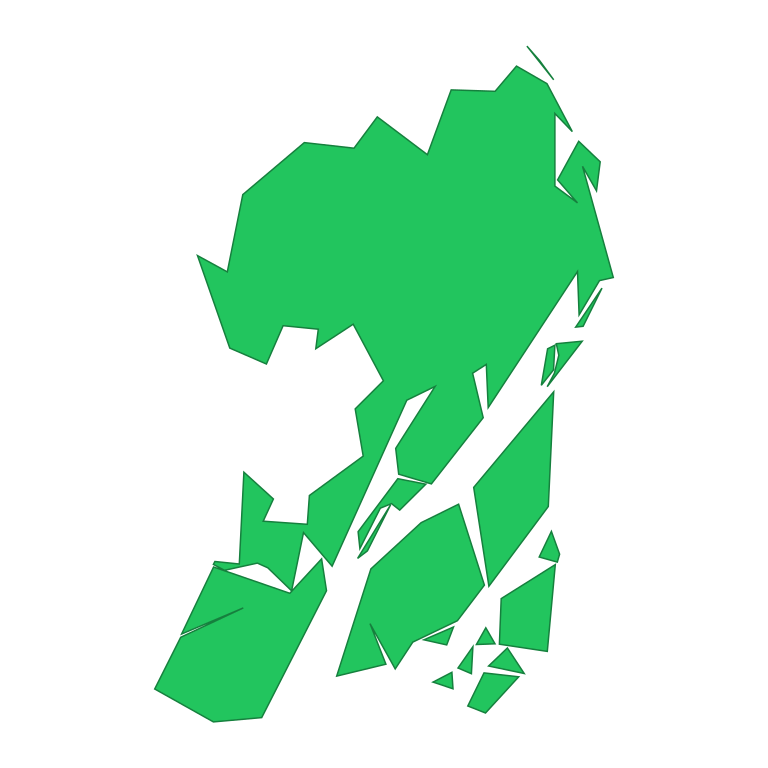 Patuakhali, Barisal, Bangladesh (orthographic projection)
{"feature_id": "16705992B49808088196813", "entity_name": "Patuakhali", "entity_type": "district", "adm_level": 2, "iso_a3": "BGD", "parent_name": "Bangladesh", "parent_adm1": "Barisal", "projection": "orthographic", "projection_center": [90.354, 22.181], "detail": "medium", "context": "isolated", "style": "filled", "palette": "green", "viewbox_px": 768, "rotation_deg": 0, "n_neighbors": 0, "source": "geoboundaries", "source_scale": "gbopen_adm2", "svg_char_len": 1941}
<svg xmlns="http://www.w3.org/2000/svg" viewBox="0 0 768 768"><path d="M214.9,561.5L213.4,564.4L224.5,570.3L257.4,563.1L267.8,567.8L291.6,590.8L303.5,532.6L332.1,566.2L406.8,400.2L435.1,386.4L395.7,448.4L398.7,474.2L431.4,483.9L483.2,417.7L472.6,373.2L486.3,364.4L488.2,407.6L577.5,271.5L579.1,314.9L599.5,280.6L613.3,277.5L582.5,166.3L596.5,190.8L600.2,161.8L578.7,141.3L557.6,179.9L577.5,202.9L554.9,186.1L554.9,113.5L572.3,131.6L547.0,83.7L516.5,66.1L495.1,91.3L451.2,89.9L427.4,154.7L377.3,116.9L354.0,148.2L304.3,142.6L242.8,194.6L227.3,271.9L197.5,255.6L229.8,348.1L266.4,364.0L283.1,325.7L318.3,329.2L315.8,348.7L353.2,324.2L383.4,380.8L355.2,408.9L363.2,456.1L309.4,495.5L307.3,524.3L263.2,521.2L273.4,499.0L243.9,472.2L239.3,564.0L214.9,561.5ZM326.5,590.7L321.6,558.9L289.8,593.3L213.6,567.0L181.6,634.0L243.3,607.9L180.7,637.3L154.7,689.0L213.4,721.9L261.7,717.6L326.5,590.7ZM484.4,585.1L458.6,504.2L421.1,522.7L370.9,568.9L336.7,676.1L385.9,664.2L370.0,623.6L395.2,668.9L412.8,642.1L457.4,620.7L484.4,585.1ZM553.7,391.8L473.7,487.4L488.9,586.2L548.3,506.5L553.7,391.8ZM555.3,564.6L501.2,598.6L499.4,644.2L547.3,651.4L555.3,564.6ZM518.7,676.8L484.0,672.9L467.8,706.0L485.5,713.0L518.7,676.8ZM399.7,510.1L425.8,484.2L397.8,478.7L358.1,531.7L359.9,548.5L380.3,508.2L391.5,503.6L399.7,510.1ZM582.2,341.2L556.3,343.7L558.8,355.3L554.4,373.2L547.2,386.7L582.2,341.2ZM524.2,673.5L507.4,648.0L488.6,666.0L524.2,673.5ZM367.4,550.9L390.6,504.8L357.6,558.4L367.4,550.9ZM423.9,639.8L446.7,644.9L453.5,627.0L423.9,639.8ZM551.4,531.4L539.2,557.0L557.3,562.1L559.6,554.2L551.4,531.4ZM553.7,79.8L539.6,60.6L526.9,46.1L553.7,79.8ZM433.0,682.1L453.0,688.8L451.9,672.3L433.0,682.1ZM476.4,644.5L495.0,643.8L485.8,627.8L476.4,644.5ZM458.0,668.0L471.4,673.7L472.9,646.7L458.0,668.0ZM583.1,326.3L602.0,288.1L575.7,327.1L583.1,326.3ZM541.3,385.3L553.5,369.9L554.9,345.2L547.6,348.8L541.3,385.3Z" fill="#22c55e" stroke="#15803d" stroke-width="1.5"/></svg>